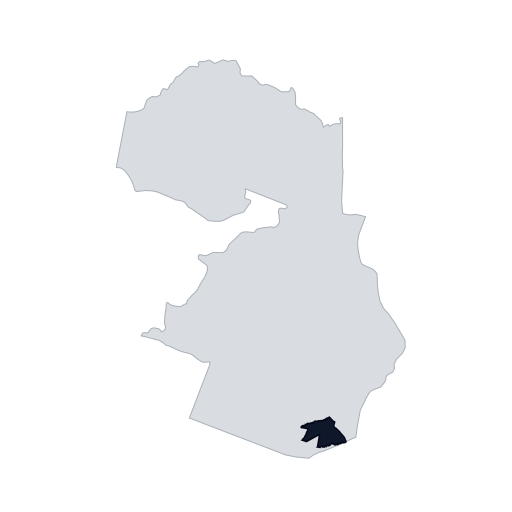 Sioma, Western, Zambia (highlighted), rotated 291°
{"feature_id": "96606910B11966717412590", "entity_name": "Sioma", "entity_type": "district", "adm_level": 2, "iso_a3": "ZMB", "parent_name": "Zambia", "parent_adm1": "Western", "projection": "natural_earth1", "projection_center": [23.042, -16.752], "detail": "fine", "context": "in_parent", "style": "filled", "palette": "ink", "viewbox_px": 512, "rotation_deg": 291, "n_neighbors": 0, "source": "geoboundaries", "source_scale": "gbopen_adm2", "svg_char_len": 7711}
<svg xmlns="http://www.w3.org/2000/svg" viewBox="0 0 512 512"><g transform="rotate(291 256 256)"><path d="M331.9,344.2L312.0,344.3L304.7,346.1L298.8,348.9L291.7,353.2L287.6,356.3L286.4,358.0L285.8,361.7L285.8,367.4L285.0,371.5L282.9,375.3L272.1,379.9L265.0,383.6L258.1,388.1L252.9,393.8L249.2,400.9L243.3,409.6L230.8,425.3L223.6,428.2L217.6,427.5L210.4,424.3L204.6,423.6L200.3,425.7L196.4,425.1L192.8,421.8L189.8,420.6L187.3,421.5L184.2,421.3L178.5,419.5L173.5,413.9L170.9,411.6L168.8,410.7L162.9,409.8L149.3,408.6L135.1,411.3L122.7,414.1L110.0,401.7L97.8,388.6L95.3,385.2L90.7,380.8L87.4,378.7L86.1,377.6L82.8,365.9L80.9,355.1L80.8,251.8L136.6,251.8L140.2,251.3L140.3,250.2L137.8,244.7L137.9,242.8L138.6,239.0L141.0,231.5L141.2,229.0L140.1,220.9L140.2,216.4L140.8,207.2L140.4,204.1L141.8,199.9L142.2,197.2L142.7,196.0L142.1,192.9L141.0,181.9L140.3,177.4L143.7,178.0L144.8,180.3L145.4,182.7L146.9,182.9L150.9,184.3L152.3,186.4L153.2,190.8L152.6,193.0L151.4,194.8L152.6,196.4L155.3,197.5L156.9,197.2L161.4,194.2L165.5,193.1L167.6,192.3L176.8,190.3L178.7,189.3L180.0,189.3L180.9,190.1L180.0,193.2L179.8,196.0L180.9,201.2L181.8,203.6L183.7,205.4L185.1,206.3L186.6,208.2L189.8,207.8L196.9,210.5L199.0,211.7L202.0,212.9L204.1,213.4L211.4,214.3L219.1,215.8L223.1,215.9L225.9,215.6L227.9,214.8L229.1,214.0L229.7,213.3L232.6,203.4L234.1,202.6L236.0,202.1L237.1,203.0L238.3,209.2L243.9,214.8L245.7,219.6L247.1,223.6L248.3,224.7L250.4,226.1L253.8,226.6L256.8,226.7L271.8,233.6L273.4,234.9L275.2,238.6L276.3,242.7L277.5,246.0L279.4,246.6L281.1,246.9L282.8,249.1L284.1,251.1L288.5,259.3L289.1,262.5L291.2,264.6L294.1,265.6L296.8,265.7L298.4,264.7L302.2,263.0L305.2,261.1L307.4,260.5L308.7,260.9L309.7,262.2L310.3,266.2L312.4,267.6L314.0,267.1L314.6,265.5L314.6,264.7L314.9,222.2L313.5,222.5L311.8,223.7L307.8,223.9L306.3,224.8L305.8,226.1L306.1,227.9L306.1,230.3L305.5,231.4L303.8,231.9L301.3,230.9L296.7,229.7L292.9,229.0L290.2,225.8L286.6,221.0L284.2,218.6L278.4,213.6L277.4,212.6L275.6,210.2L274.1,206.2L272.7,201.6L271.9,198.7L273.3,194.2L276.8,179.5L277.6,174.9L280.5,170.3L280.7,166.1L279.6,160.8L279.9,157.8L280.4,141.0L279.6,135.7L277.7,129.8L273.5,121.6L273.6,119.8L280.1,114.5L282.0,112.5L285.4,108.2L287.7,104.5L289.2,101.5L289.7,97.7L288.6,94.0L290.9,93.3L344.4,83.8L345.1,86.3L346.7,90.5L348.6,93.6L350.8,96.3L352.8,97.9L354.1,98.4L362.3,98.2L365.3,99.9L367.8,102.0L368.5,105.2L370.1,107.2L372.0,108.8L372.7,109.0L374.1,108.6L376.3,108.6L378.3,109.2L379.3,109.9L379.4,112.6L380.0,113.9L382.8,114.3L385.6,114.5L388.3,116.4L391.3,116.7L394.7,117.4L396.3,119.4L400.0,121.4L404.4,123.2L409.3,126.2L409.4,127.1L410.2,128.9L411.0,130.1L411.1,132.0L411.5,133.7L412.8,134.1L413.8,134.3L414.8,133.0L416.1,133.0L417.5,133.8L418.0,135.8L419.1,138.5L420.9,140.3L422.1,142.1L421.7,145.3L420.9,148.2L423.3,151.1L426.5,153.9L427.3,155.1L427.6,159.2L428.0,160.6L430.2,164.0L431.2,166.2L431.1,167.5L425.2,174.3L421.6,175.3L420.1,176.7L419.1,178.1L421.4,184.8L422.6,187.4L421.5,190.5L419.1,196.0L418.1,196.4L417.8,200.5L418.5,202.0L419.7,203.2L420.1,206.0L420.0,212.9L418.4,220.7L421.0,227.6L421.9,228.3L425.5,228.4L426.1,228.9L425.2,230.9L422.7,233.9L418.0,236.2L411.3,238.8L409.9,241.3L409.0,244.9L409.7,247.0L410.6,248.2L410.3,251.4L409.7,254.7L409.8,257.3L409.5,259.6L408.6,260.7L407.4,264.2L406.0,267.7L404.8,269.3L403.1,271.0L400.5,272.4L400.5,273.1L403.5,274.7L404.2,275.8L404.5,276.6L403.2,278.4L404.6,279.4L406.3,280.3L407.8,282.7L409.6,287.0L409.9,287.5L410.4,287.5L411.4,287.1L413.3,285.3L414.6,284.7L416.2,287.2L388.3,298.0L381.8,300.2L372.0,304.1L368.8,305.5L366.3,306.9L340.4,315.4L336.3,317.0L327.2,321.4L326.9,322.1L326.9,324.0L327.7,328.1L329.3,331.8L330.6,333.9L331.4,339.4L331.9,344.2Z" fill="#d9dde1" stroke="#a8b0b8" stroke-width="1"/><path d="M112.3,359.5L112.0,360.1L112.4,361.0L112.5,361.7L112.5,362.1L112.8,363.2L113.0,364.8L113.3,366.2L113.1,366.3L112.8,366.8L112.6,366.9L112.2,366.7L111.5,366.8L111.0,366.7L110.5,366.5L110.0,366.5L109.5,366.8L109.3,366.7L109.0,366.7L108.6,366.4L108.4,366.5L108.0,366.6L107.3,366.8L106.3,366.4L105.9,366.3L105.3,366.3L104.7,366.4L103.9,366.3L103.5,366.2L103.4,366.0L102.9,365.8L102.6,365.8L102.4,365.6L101.9,365.3L101.7,365.3L101.2,365.3L100.6,365.0L100.6,365.3L100.7,365.5L100.8,369.6L112.2,379.3L110.6,379.7L110.3,379.7L99.9,381.8L99.7,381.7L100.2,384.4L100.3,384.4L100.5,384.4L100.7,384.5L100.9,384.5L101.2,384.8L101.2,385.0L101.3,385.1L101.6,385.2L101.6,385.3L101.6,385.6L101.6,385.9L101.7,386.0L101.7,386.3L101.8,386.4L101.9,386.9L101.8,387.0L102.0,387.1L102.1,387.3L102.2,387.6L102.1,387.8L102.3,387.9L102.4,388.0L102.2,388.3L102.3,388.5L102.5,388.7L102.9,388.8L103.0,388.8L103.2,388.6L103.3,388.6L103.5,388.8L103.6,389.1L103.8,389.2L103.9,389.3L104.0,389.6L103.9,389.7L103.8,389.8L104.0,389.8L104.1,390.1L104.3,390.4L104.4,390.5L104.5,390.5L104.6,390.8L104.7,391.0L104.7,391.3L104.9,391.5L105.0,391.7L104.9,391.7L104.9,391.8L105.0,391.9L105.1,392.0L105.2,391.9L105.2,392.2L105.2,392.3L105.3,392.5L105.5,392.6L105.8,392.7L106.0,392.9L106.3,392.9L106.5,392.9L106.5,393.0L106.8,393.2L107.0,393.2L107.1,393.3L107.4,393.2L107.5,393.4L107.8,393.5L108.0,393.7L107.9,393.8L108.0,393.9L108.1,394.0L108.3,394.2L108.2,394.2L108.2,394.3L108.5,394.6L108.4,394.7L108.4,394.9L108.2,395.0L108.3,395.2L108.3,395.3L108.2,395.4L108.1,395.6L108.2,395.8L108.4,395.8L108.2,396.0L108.1,396.3L108.1,396.5L108.2,396.8L108.3,396.8L108.3,397.0L108.2,397.1L107.9,397.3L107.9,397.5L108.1,397.6L108.2,397.4L108.3,397.4L108.4,397.5L108.5,397.7L108.6,397.8L108.5,398.0L108.8,398.2L108.9,398.3L109.0,398.5L109.0,398.8L109.1,399.1L109.3,399.1L109.3,399.3L109.2,399.6L109.3,399.6L109.5,399.6L109.6,399.8L109.6,400.0L109.8,400.0L110.0,400.1L110.2,400.3L110.3,400.3L110.3,400.2L110.4,400.3L110.4,400.5L110.3,400.8L110.5,400.9L110.8,401.0L111.0,401.1L111.2,401.3L111.2,401.5L111.2,402.0L111.4,402.3L111.6,402.3L111.8,402.5L112.0,402.8L112.3,403.1L112.6,403.3L112.8,403.9L113.1,403.6L113.4,405.2L113.8,406.2L114.0,406.4L115.0,406.6L117.2,404.5L117.5,404.2L118.0,403.8L118.5,403.1L119.5,401.3L119.9,400.6L120.5,399.4L121.2,398.0L121.6,397.5L122.2,396.3L122.4,395.9L122.7,395.0L123.1,394.2L123.8,392.5L124.1,390.6L124.5,390.2L124.7,389.9L125.2,389.6L125.4,389.6L125.6,389.4L125.9,389.4L126.2,389.2L128.4,389.1L129.0,389.1L129.4,388.8L129.4,387.4L131.9,382.2L131.6,381.9L131.4,381.8L131.1,381.6L130.6,381.5L130.5,381.3L130.4,381.2L130.5,381.0L130.3,380.7L130.2,380.5L130.0,380.2L129.2,380.4L129.0,380.2L128.7,380.2L128.5,379.8L128.4,379.7L128.5,379.6L128.8,379.5L128.8,379.3L128.6,379.2L128.0,379.1L127.8,378.8L127.7,378.5L127.3,378.0L127.2,377.9L126.9,377.8L126.1,377.1L126.0,376.9L126.0,376.6L125.9,376.1L125.6,375.7L125.5,375.4L125.4,375.3L125.0,374.9L125.0,374.6L124.9,374.2L124.7,374.0L124.7,373.8L124.5,373.4L124.5,373.2L124.4,373.1L123.8,372.8L123.6,372.6L123.6,372.4L123.6,372.1L123.5,371.7L123.4,371.4L123.2,371.1L123.1,370.7L122.9,370.3L122.8,370.0L122.7,370.0L122.4,370.0L121.8,369.5L121.4,369.3L121.2,369.0L121.0,368.6L120.8,368.5L120.5,368.6L120.2,368.5L120.1,368.2L120.1,367.9L120.0,367.7L120.0,367.4L120.0,367.2L119.9,367.1L119.4,366.9L118.8,366.0L118.7,365.7L118.7,365.4L118.4,365.1L118.3,364.8L118.4,364.5L118.4,364.3L118.3,364.2L118.2,364.1L117.8,363.9L117.7,363.9L117.4,363.8L117.3,363.7L117.2,363.5L117.1,363.3L117.0,363.2L116.9,363.0L116.5,363.0L116.3,362.9L116.2,362.9L116.0,363.0L116.0,362.9L115.9,363.0L115.7,362.9L115.6,363.0L115.4,362.9L115.4,362.7L115.3,362.3L115.2,362.3L115.2,362.2L115.0,361.9L114.9,361.7L114.7,361.5L114.5,361.3L114.4,361.3L114.5,361.2L114.5,360.9L114.6,360.7L114.3,360.6L114.2,360.4L114.1,360.2L113.9,360.2L113.7,360.2L113.4,359.8L113.4,359.7L113.0,359.6L112.8,359.5L112.5,359.6L112.3,359.5Z" fill="#0f172a" stroke="#020617" stroke-width="1.5"/></g></svg>